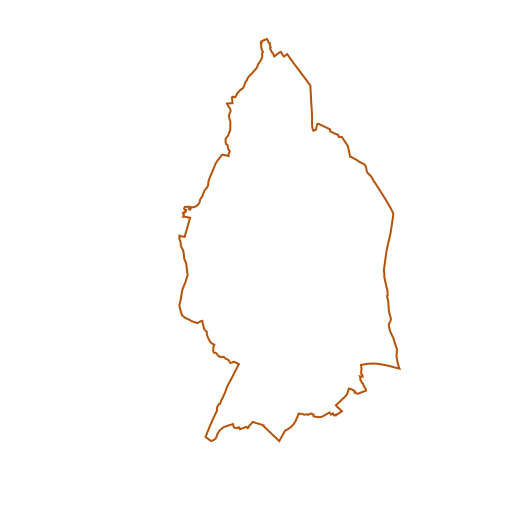 outline of Tomesti, Iasi, Romania, rotated 57°
{"feature_id": "2599482B1049926597477", "entity_name": "Tomesti", "entity_type": "district", "adm_level": 2, "iso_a3": "ROU", "parent_name": "Romania", "parent_adm1": "Iasi", "projection": "mercator", "projection_center": [27.701, 47.108], "detail": "fine", "context": "isolated", "style": "outline", "palette": "amber", "viewbox_px": 512, "rotation_deg": 57, "n_neighbors": 0, "source": "geoboundaries", "source_scale": "gbopen_adm2", "svg_char_len": 6078}
<svg xmlns="http://www.w3.org/2000/svg" viewBox="0 0 512 512"><g transform="rotate(57 256 256)"><path d="M428.8,237.1L428.2,236.8L426.6,236.4L423.7,236.4L421.2,235.8L420.8,235.9L420.1,236.2L419.1,236.1L418.2,235.8L416.9,236.0L416.6,235.9L416.3,235.6L414.8,234.7L414.1,234.4L413.6,234.4L415.3,232.3L413.6,231.6L412.5,231.9L411.7,231.7L410.6,231.0L410.0,230.5L408.5,229.3L407.4,228.6L404.6,227.3L405.8,224.3L407.2,221.3L408.2,219.3L409.9,216.5L411.6,214.1L413.3,212.0L417.6,207.3L418.0,206.9L419.2,205.7L421.2,203.8L428.6,197.0L426.6,196.6L423.1,195.5L421.4,194.8L418.9,193.8L416.5,192.7L414.8,191.5L413.4,190.2L411.8,189.1L410.1,188.3L404.4,186.9L399.3,185.4L393.9,184.8L391.6,184.3L388.7,183.3L386.4,182.3L385.5,181.5L383.8,178.7L383.0,177.8L381.9,177.0L380.7,176.5L379.0,176.1L375.7,175.0L373.1,173.8L371.7,172.9L366.0,169.8L361.4,168.1L360.9,167.8L360.8,167.1L360.1,166.6L355.8,164.2L353.4,163.6L342.5,159.4L341.7,158.5L337.7,156.6L323.9,144.7L321.6,142.6L310.5,131.1L302.8,124.2L296.0,118.3L295.4,117.9L292.9,117.4L289.0,117.0L278.5,116.5L260.2,116.3L257.4,116.5L254.9,116.2L251.9,116.2L250.5,116.4L247.9,117.0L246.9,117.1L245.7,117.0L244.9,116.8L241.8,115.5L240.8,115.2L239.7,115.1L238.6,115.2L237.4,115.6L232.9,118.3L231.9,118.6L231.5,118.6L224.3,122.5L224.1,123.0L215.0,119.5L213.9,119.1L210.6,119.0L206.5,119.2L204.0,119.1L202.9,119.3L201.1,121.8L199.1,121.0L198.2,121.9L192.0,125.9L190.1,124.9L179.5,131.4L178.7,132.3L178.7,132.8L179.1,133.1L179.9,134.1L181.0,135.3L181.9,136.1L182.5,136.5L182.7,136.9L182.2,139.7L180.3,139.3L177.9,138.3L176.8,137.6L175.8,137.1L169.2,132.8L166.5,131.2L157.2,126.0L142.7,117.6L134.9,118.0L127.1,118.6L124.5,118.7L115.1,119.4L106.1,119.8L103.7,119.8L104.0,123.9L101.8,124.1L98.4,124.0L98.0,125.8L98.5,130.6L98.6,132.0L97.9,132.0L95.9,131.4L95.1,131.4L94.6,131.5L94.4,131.7L94.2,131.7L89.7,131.2L89.3,131.1L89.0,130.8L88.9,130.0L86.6,129.4L86.0,129.2L85.1,128.5L84.6,129.2L80.0,128.6L79.2,131.7L79.5,131.8L78.9,134.8L80.1,135.0L80.0,135.9L83.4,137.5L83.6,137.9L86.2,138.8L88.6,139.0L88.9,140.0L90.8,141.3L91.1,141.7L92.6,142.5L94.6,145.6L96.1,149.4L96.5,149.9L97.8,151.6L98.7,153.3L99.0,153.9L99.5,156.2L100.8,160.1L100.7,160.9L101.7,164.4L102.3,166.1L104.0,168.6L104.1,169.7L107.2,173.6L107.6,174.5L108.0,175.2L108.2,176.1L108.3,177.2L108.2,178.9L108.4,179.4L108.8,180.4L108.9,181.2L109.4,183.1L109.8,183.9L111.2,186.2L111.4,186.8L111.5,187.3L111.2,187.6L110.1,188.1L109.9,188.4L109.8,189.0L109.9,189.7L112.6,191.2L113.4,191.6L115.1,192.5L112.4,197.0L112.3,197.4L114.8,197.6L117.8,197.5L118.8,197.6L120.1,198.1L120.6,198.4L121.1,198.9L121.9,200.1L122.2,200.6L122.7,201.5L123.1,201.9L124.0,202.5L125.4,203.0L126.4,203.6L128.9,204.1L134.3,207.6L136.4,209.1L137.0,209.7L137.6,210.9L138.2,211.8L139.4,213.0L141.3,217.8L144.1,219.5L145.4,220.1L146.4,220.0L147.0,219.6L147.8,219.5L149.7,220.4L150.8,220.7L151.6,221.0L152.4,221.1L153.1,220.8L153.5,220.8L154.2,221.2L155.1,223.1L157.3,224.5L156.6,225.2L155.6,225.9L154.8,226.9L153.1,228.5L152.7,229.4L152.9,230.6L153.2,231.0L154.2,233.6L154.6,235.3L156.1,238.9L158.9,243.0L163.1,249.0L164.7,251.6L165.6,252.8L167.8,255.5L169.9,257.0L171.2,258.4L171.9,259.9L173.1,263.8L173.8,264.4L175.4,267.1L176.1,267.7L176.8,268.6L177.2,269.9L178.5,272.5L180.3,274.1L180.8,275.0L181.5,277.0L181.6,278.0L181.6,279.7L181.1,281.9L179.5,284.2L180.2,284.6L180.8,285.2L181.3,285.9L180.9,286.6L179.8,286.6L178.0,285.6L176.1,288.9L176.6,289.4L176.7,289.7L176.6,289.8L176.9,290.4L177.5,290.6L178.1,290.6L178.8,290.0L179.3,289.5L180.0,290.1L179.8,290.6L180.7,291.4L180.2,292.2L180.1,292.8L180.1,293.9L181.1,294.1L181.6,293.7L182.6,294.5L183.4,295.7L184.4,294.2L188.0,290.5L191.6,294.5L201.1,305.4L197.6,309.1L197.3,309.2L197.4,309.3L200.3,311.1L202.7,311.4L206.1,313.2L207.3,313.7L211.5,314.1L214.2,315.1L219.3,317.7L223.9,318.5L234.7,323.7L239.1,328.9L244.2,336.2L251.0,342.4L255.7,347.2L257.4,347.9L260.4,348.9L264.7,350.2L265.7,350.3L269.5,349.0L273.5,346.4L275.3,345.7L280.4,341.7L280.5,341.2L280.5,339.6L280.6,338.0L281.2,336.3L283.4,337.4L286.9,338.5L288.4,339.1L290.0,339.2L291.5,339.0L292.6,338.5L295.4,340.1L300.1,341.0L303.4,341.1L305.2,340.6L306.6,340.0L307.6,339.2L308.2,340.1L308.7,340.7L310.1,342.1L312.2,343.5L312.9,343.9L313.8,343.9L314.5,343.7L315.0,342.8L315.4,342.5L316.0,342.2L317.2,342.2L318.0,342.2L318.6,342.2L319.2,342.0L320.0,341.4L320.5,341.5L322.0,340.3L322.6,338.4L323.4,337.9L324.3,337.8L326.1,337.1L327.2,336.3L328.3,335.8L329.5,335.7L331.5,335.8L331.7,335.7L331.9,335.4L332.4,334.2L332.4,333.1L332.6,332.1L337.3,329.2L345.0,342.6L349.0,350.0L351.2,353.1L353.4,356.0L356.7,361.1L358.4,364.1L360.4,366.6L360.1,367.0L360.0,367.5L360.1,367.8L360.3,368.6L361.3,370.1L361.7,371.1L362.6,371.9L364.4,372.8L367.2,377.4L373.0,386.6L380.3,396.9L386.8,394.4L387.3,391.4L387.4,390.8L387.2,389.6L386.6,388.3L384.2,385.2L382.9,382.4L382.4,380.9L382.2,379.5L382.0,377.3L382.0,375.8L383.2,371.1L384.5,366.7L385.7,367.3L386.7,367.6L388.0,367.8L390.1,365.8L390.3,365.5L390.3,365.0L390.1,364.7L390.0,364.4L390.1,364.0L390.2,363.7L390.4,363.5L390.8,363.5L391.1,363.5L392.5,363.8L393.1,361.5L393.4,360.2L393.7,358.4L394.1,357.1L394.9,356.9L395.8,356.8L395.8,355.9L395.4,355.8L394.6,353.6L394.3,352.2L393.3,349.2L402.0,342.0L402.2,342.4L423.9,337.3L418.4,326.9L418.4,325.9L418.6,323.7L418.5,321.5L418.3,318.6L417.8,317.5L417.4,315.6L416.8,314.6L416.1,312.8L415.6,312.2L415.4,311.6L414.6,310.9L413.9,309.5L412.9,308.1L411.4,305.8L414.6,302.5L415.2,302.0L415.4,301.8L415.7,301.3L416.4,299.8L416.8,299.1L417.2,298.8L417.4,298.9L417.8,297.9L417.8,296.8L417.9,296.3L418.0,295.8L418.3,295.4L418.5,295.1L419.2,295.1L419.8,294.8L420.2,294.1L421.9,295.0L425.3,291.3L426.5,288.9L426.9,286.7L427.2,279.6L429.9,279.5L429.9,277.3L432.4,277.3L432.6,275.2L433.1,275.3L433.0,274.9L433.0,268.5L431.0,268.9L429.7,269.2L427.2,270.0L424.7,270.3L424.6,269.3L423.5,263.6L422.7,259.4L422.2,256.8L421.5,255.3L421.4,254.8L421.0,254.2L420.2,253.2L419.6,252.5L417.8,250.3L418.9,249.3L419.3,248.9L420.4,248.1L421.6,247.5L423.4,246.7L424.3,247.7L427.0,245.7L427.4,243.6L428.8,237.1Z" fill="none" stroke="#b45309" stroke-width="2"/></g></svg>